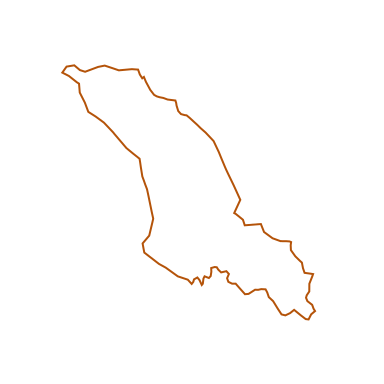 Commonwealth 2, Grand Bassa, Liberia, rotated 347°
{"feature_id": "62588387B22492671376188", "entity_name": "Commonwealth 2", "entity_type": "district", "adm_level": 2, "iso_a3": "LBR", "parent_name": "Liberia", "parent_adm1": "Grand Bassa", "projection": "natural_earth1", "projection_center": [-10.038, 5.878], "detail": "fine", "context": "isolated", "style": "outline", "palette": "amber", "viewbox_px": 384, "rotation_deg": 347, "n_neighbors": 0, "source": "geoboundaries", "source_scale": "gbopen_adm2", "svg_char_len": 1991}
<svg xmlns="http://www.w3.org/2000/svg" viewBox="0 0 384 384"><g transform="rotate(347 192 192)"><path d="M171.0,281.5L173.0,279.9L174.3,277.6L178.0,276.5L179.5,279.5L180.6,284.8L181.9,283.8L183.7,278.9L185.3,277.0L189.1,279.6L191.3,278.1L192.9,274.1L193.6,270.4L197.2,270.2L199.2,270.9L200.1,273.5L202.3,276.9L207.7,276.9L209.5,280.2L206.8,283.9L207.2,287.7L210.4,290.3L213.9,291.1L216.8,296.5L220.1,302.5L220.6,303.5L224.2,304.0L231.5,301.4L234.4,302.2L237.6,302.2L241.8,303.4L242.7,306.8L243.2,311.7L246.5,316.6L249.4,325.2L251.7,331.4L255.2,333.2L260.3,332.1L265.0,329.8L266.6,331.9L270.4,336.8L274.2,341.4L276.9,342.4L280.6,338.0L285.1,335.7L284.2,333.1L283.7,329.0L279.9,324.3L279.3,320.7L280.6,318.4L283.9,315.3L285.7,307.8L290.2,301.3L291.5,299.2L289.0,298.2L283.5,296.1L283.0,291.2L283.2,285.5L281.7,283.4L278.2,277.9L275.3,270.9L276.2,266.0L277.3,263.1L275.9,262.1L273.3,261.3L267.2,259.8L260.1,255.2L253.2,247.2L251.9,238.7L237.1,236.5L235.9,236.3L235.4,230.5L229.7,223.2L228.4,222.0L237.3,210.5L235.6,202.1L234.1,194.8L231.3,182.5L230.3,177.9L229.7,174.7L228.9,170.0L228.2,165.9L227.1,159.1L224.5,147.2L218.6,137.1L214.8,131.8L212.0,127.4L209.5,123.8L206.5,119.4L205.9,118.6L204.0,116.1L202.1,115.4L198.8,113.6L196.8,110.0L196.4,104.4L196.6,101.6L196.4,99.1L189.0,96.4L185.2,93.9L181.8,92.4L179.2,90.9L176.9,88.8L174.3,83.1L171.9,74.3L171.0,69.1L169.1,70.0L167.6,65.8L167.0,60.6L161.1,58.8L158.3,58.4L148.1,57.0L142.3,53.4L135.4,49.2L128.7,49.0L114.9,50.8L110.2,48.0L105.8,42.1L98.0,41.6L96.4,43.0L92.5,46.5L98.2,51.3L104.5,59.2L106.3,61.0L105.0,69.9L107.7,80.8L109.0,90.6L115.1,96.8L121.8,104.6L128.6,116.2L129.5,118.1L138.0,134.5L143.7,141.9L148.4,147.8L148.1,152.0L147.7,156.7L147.5,159.8L147.1,165.7L147.3,167.2L147.7,170.3L148.1,174.1L148.7,178.4L148.8,179.3L148.7,185.8L148.3,202.0L148.2,209.3L146.6,212.6L140.5,224.9L132.3,231.0L132.0,237.3L131.9,240.3L143.7,254.7L149.4,259.8L159.2,271.0L168.2,276.5L171.0,281.5Z" fill="none" stroke="#b45309" stroke-width="2"/></g></svg>